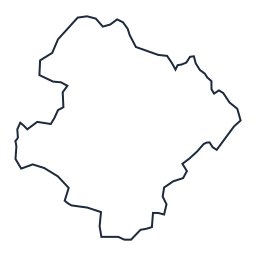 SVG path tracing the border of Razgrad
{"feature_id": "BGR-2256", "entity_name": "Razgrad", "entity_type": "Province", "adm_level": 1, "iso_a3": "BGR", "parent_name": "Bulgaria", "parent_adm1": "", "projection": "albers", "projection_center": [26.578, 43.648], "detail": "fine", "context": "isolated", "style": "outline", "palette": "slate", "viewbox_px": 256, "rotation_deg": 0, "n_neighbors": 0, "source": "natural_earth", "source_scale": "10m", "svg_char_len": 1147}
<svg xmlns="http://www.w3.org/2000/svg" viewBox="0 0 256 256"><path d="M237.3,108.8L240.6,120.5L234.1,126.3L216.7,149.8L212.6,147.2L209.6,142.4L206.6,142.6L203.7,144.0L197.1,151.5L189.2,158.7L182.4,163.8L186.9,171.1L183.1,178.1L173.2,181.3L164.1,187.5L162.7,196.6L166.5,204.3L164.1,214.5L158.4,213.0L153.0,212.9L151.9,227.1L146.3,228.8L140.5,229.8L131.0,239.7L124.5,239.7L118.3,236.9L101.4,236.9L99.6,226.2L101.0,212.1L87.4,207.6L71.4,205.4L67.9,203.3L64.7,200.7L68.7,187.9L57.9,176.4L44.4,168.1L32.7,164.4L21.2,168.6L15.5,159.0L16.4,146.4L15.9,143.5L15.4,140.9L16.8,139.5L17.9,137.6L17.3,129.3L20.3,122.7L23.7,125.6L27.3,129.3L37.2,121.9L50.8,124.0L54.3,118.2L58.0,110.1L63.4,107.2L62.7,92.3L67.4,85.8L61.0,82.3L53.1,81.6L39.4,75.1L40.1,60.4L52.2,52.9L58.0,39.3L77.7,17.6L87.0,16.3L95.8,18.6L102.8,26.6L110.3,24.5L117.1,19.4L123.0,22.3L127.7,28.8L129.7,35.1L135.9,47.0L158.2,54.9L167.1,55.9L171.8,62.9L175.5,69.6L177.6,65.2L181.6,64.5L186.3,62.6L190.0,56.8L193.9,56.3L195.7,63.3L199.9,70.0L204.8,73.6L207.4,77.6L211.4,81.1L211.5,89.3L214.1,93.6L218.9,90.4L223.2,93.0L229.5,102.5L237.3,108.8Z" fill="none" stroke="#1e293b" stroke-width="2"/></svg>